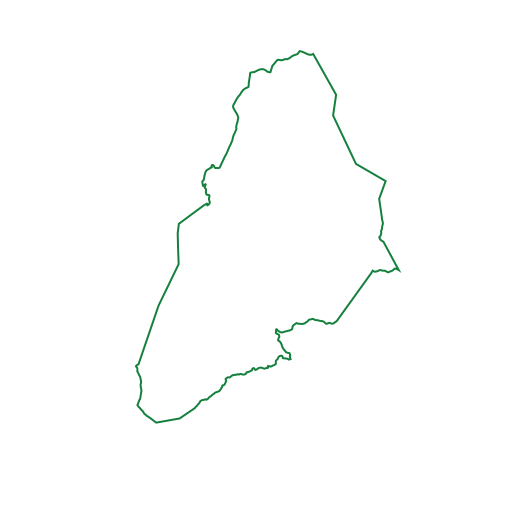 outline of Guayape, Olancho, Honduras, rotated 39°
{"feature_id": "27666195B80607738611126", "entity_name": "Guayape", "entity_type": "district", "adm_level": 2, "iso_a3": "HND", "parent_name": "Honduras", "parent_adm1": "Olancho", "projection": "robinson", "projection_center": [-86.826, 14.788], "detail": "fine", "context": "isolated", "style": "outline", "palette": "green", "viewbox_px": 512, "rotation_deg": 39, "n_neighbors": 0, "source": "geoboundaries", "source_scale": "gbopen_adm2", "svg_char_len": 6120}
<svg xmlns="http://www.w3.org/2000/svg" viewBox="0 0 512 512"><g transform="rotate(39 256 256)"><path d="M283.3,448.3L298.9,430.3L304.2,412.7L304.1,411.2L304.4,409.2L304.3,407.5L304.5,406.1L304.4,405.3L304.1,404.3L304.1,403.6L304.5,402.8L304.7,402.1L305.7,401.0L306.6,399.6L307.1,399.1L307.8,399.0L308.1,398.4L308.4,397.7L308.5,396.8L308.6,394.9L309.2,393.2L309.4,391.3L309.8,390.1L310.3,387.8L311.0,386.6L312.1,384.9L312.5,383.9L312.5,382.6L312.4,381.3L312.1,380.1L312.1,379.2L311.9,378.7L311.5,378.4L311.4,377.9L311.5,377.6L312.3,376.5L312.4,375.9L312.3,375.2L311.8,372.9L311.5,371.9L311.1,371.5L310.3,371.2L309.9,370.9L309.8,370.7L309.8,370.2L309.9,369.7L310.3,368.3L310.7,367.8L311.5,367.3L312.1,366.8L312.2,366.5L312.2,366.0L312.3,365.3L312.6,364.2L312.8,363.6L313.3,362.9L314.0,362.0L315.1,361.1L316.1,359.4L316.3,359.3L316.7,359.3L317.0,359.1L317.6,358.5L317.9,357.8L318.1,357.5L319.0,357.0L320.6,356.3L321.2,355.8L321.7,355.2L322.1,354.3L322.4,353.6L322.3,353.3L322.1,353.0L321.9,352.7L322.0,352.2L322.3,351.7L323.2,350.8L324.1,348.9L324.6,347.7L324.7,347.3L324.7,347.0L324.2,346.1L324.3,345.3L324.5,344.8L324.7,344.6L325.0,344.5L326.8,344.9L327.2,344.9L327.8,343.9L328.2,343.0L328.6,341.3L328.9,340.9L329.2,340.5L329.9,339.8L330.6,339.3L331.5,339.0L332.7,338.6L333.4,338.3L333.6,338.1L334.5,336.6L335.2,336.0L335.6,335.6L335.6,335.4L335.6,335.2L334.5,334.3L334.5,334.2L334.9,333.6L336.6,333.0L337.0,332.7L337.4,332.0L338.2,330.3L339.4,327.8L339.2,327.3L338.2,326.0L337.5,325.0L337.4,324.3L337.6,323.1L337.6,322.1L337.5,321.7L337.2,321.0L337.1,320.4L337.3,319.1L337.6,318.4L338.5,317.6L338.9,317.3L339.3,317.3L339.6,317.3L340.1,317.6L340.9,318.3L341.2,318.4L341.5,318.3L342.6,317.6L343.5,316.9L345.1,316.1L345.9,315.9L346.4,315.9L346.8,315.7L347.0,315.5L347.7,314.3L346.0,313.3L345.4,312.7L345.3,312.3L345.3,311.8L345.0,311.6L344.1,310.9L343.5,310.5L343.1,310.5L340.5,311.7L340.0,311.8L339.5,311.8L337.8,311.3L336.6,311.2L334.6,310.5L333.7,310.1L332.7,309.5L331.5,308.6L329.6,307.8L328.8,307.6L327.8,307.5L326.8,307.7L326.3,307.6L325.9,307.2L325.7,306.8L324.9,304.1L324.3,303.5L323.6,302.9L323.2,302.8L322.7,302.9L320.7,303.4L320.3,303.4L320.0,303.3L319.5,302.8L318.8,301.6L318.1,300.8L318.0,300.5L317.9,300.2L318.0,300.0L318.2,299.9L319.8,300.2L321.2,300.2L323.3,299.7L323.7,299.5L324.2,299.2L324.6,298.7L325.9,296.7L327.7,294.4L328.3,293.5L329.0,292.8L330.1,290.3L329.9,289.6L328.8,287.7L328.6,287.0L328.7,286.3L329.0,285.1L329.7,282.7L329.9,282.5L331.8,281.9L332.8,281.0L333.8,280.4L334.5,279.9L335.0,279.4L335.7,278.5L336.3,277.6L336.9,275.3L337.2,274.2L337.2,273.1L337.3,272.2L339.7,269.1L340.0,269.0L340.2,268.9L341.4,268.7L342.2,268.5L344.6,267.0L346.0,266.4L347.5,265.6L348.3,265.0L349.3,264.6L349.9,264.4L351.9,264.5L353.2,264.5L353.7,264.0L354.7,262.2L355.2,261.7L355.6,261.5L356.0,261.5L356.5,261.3L357.6,260.8L358.2,260.3L358.8,259.3L358.9,258.7L359.1,257.6L359.7,255.9L356.4,197.8L356.4,197.0L355.9,194.0L357.7,193.7L358.1,193.5L358.6,193.1L359.7,191.8L360.8,189.6L361.3,188.9L361.7,188.5L363.5,187.8L365.6,186.2L367.5,185.9L368.4,185.8L368.7,185.7L369.2,185.1L371.2,181.5L371.5,180.3L371.7,178.7L371.8,178.5L372.2,178.2L372.8,177.8L374.8,177.2L375.7,177.1L346.0,164.7L344.6,165.0L342.2,165.0L341.2,164.6L340.0,163.8L340.2,163.3L339.8,161.3L339.5,160.4L338.8,159.2L337.5,157.9L336.9,155.8L336.4,155.0L335.6,153.9L334.7,151.9L334.1,150.8L332.7,149.5L331.1,148.4L329.3,146.6L315.7,134.0L309.6,116.2L275.7,121.5L227.5,98.3L216.8,80.3L173.3,63.0L173.0,63.7L172.4,64.7L171.0,65.9L168.6,66.9L167.3,67.1L163.8,68.1L161.6,68.9L161.1,69.2L161.0,69.7L161.2,72.0L161.1,73.1L159.2,76.1L158.6,77.3L158.1,78.5L157.8,80.3L156.7,83.0L156.4,83.4L154.7,84.7L154.2,85.4L153.7,86.5L152.6,87.8L151.9,88.4L150.7,88.9L149.9,89.5L149.5,89.8L149.3,90.3L149.2,90.9L149.2,94.9L149.0,97.8L149.5,98.8L150.1,100.6L151.4,103.7L151.5,104.0L151.4,104.2L151.1,104.6L150.7,104.8L149.2,105.4L148.3,105.7L146.9,105.6L145.2,105.9L144.1,106.3L143.1,107.0L142.2,107.9L141.5,108.7L140.6,110.4L139.1,113.8L136.6,116.6L136.4,116.9L136.3,117.3L136.5,117.8L137.8,119.7L141.4,125.9L143.1,128.2L143.7,129.4L143.6,129.8L142.4,132.0L141.7,134.3L141.6,135.5L141.6,137.4L142.0,140.6L142.0,141.9L141.9,143.3L142.0,144.7L142.2,146.0L142.6,148.7L143.1,150.4L143.2,152.0L143.6,153.4L144.2,154.4L145.1,155.1L149.1,156.7L152.0,157.7L154.0,158.8L155.1,159.5L156.3,161.9L157.2,163.2L157.6,164.6L158.8,167.2L159.7,168.5L160.6,169.3L160.8,169.5L161.9,173.1L162.7,176.6L164.1,179.7L164.7,180.7L165.8,184.2L166.7,188.3L168.0,192.6L168.6,194.9L169.0,196.8L169.1,197.9L172.1,210.1L171.9,210.8L171.6,211.2L169.5,212.8L169.1,213.1L168.5,213.3L168.1,213.2L166.4,212.4L165.7,212.3L165.3,212.4L165.1,212.5L164.8,212.8L164.6,213.2L164.6,213.5L164.7,213.9L165.7,214.6L165.8,214.8L165.9,215.0L165.7,215.4L165.3,215.7L165.1,216.1L164.9,216.7L164.9,217.3L164.6,218.0L163.9,219.8L163.7,220.8L163.7,221.6L164.2,223.2L165.5,226.2L165.8,226.7L166.4,227.6L167.3,229.3L167.5,230.1L167.3,231.0L167.4,231.8L167.7,232.3L168.0,232.6L169.2,233.6L170.2,234.5L170.7,234.8L170.9,234.6L171.3,233.7L171.3,232.8L171.4,232.3L171.6,232.0L171.9,232.1L172.1,232.3L172.6,234.5L172.8,234.9L173.4,235.2L174.0,235.3L174.7,235.4L175.0,235.6L175.7,236.3L176.8,237.9L177.9,238.8L178.4,239.1L178.8,239.3L179.3,239.3L181.1,238.2L181.4,238.2L181.8,238.4L182.3,238.9L182.7,239.9L183.6,241.4L186.2,243.3L186.6,243.8L186.7,244.3L186.8,245.9L186.3,247.1L186.0,246.9L185.6,246.4L185.2,246.1L184.8,246.3L184.4,247.6L183.9,248.5L183.5,249.7L175.8,279.5L180.9,287.7L191.0,299.5L201.0,311.0L211.5,355.9L232.5,413.2L232.8,413.9L232.7,414.1L232.7,414.5L232.1,415.8L232.0,416.7L232.1,417.2L232.4,417.4L233.9,417.6L235.1,418.6L235.5,419.1L235.9,419.8L236.3,420.3L237.7,420.9L238.7,421.3L239.3,421.7L241.7,422.7L242.6,423.2L243.1,423.7L245.4,425.6L246.2,426.5L246.5,426.9L246.8,427.7L247.2,428.5L247.7,429.1L249.6,431.0L251.7,432.6L254.1,436.9L255.6,439.4L255.9,440.1L256.0,441.3L257.3,445.1L257.6,446.4L258.8,446.9L261.8,447.3L263.2,447.6L265.8,447.9L268.0,448.7L268.8,448.9L270.8,448.8L271.8,449.0L272.7,448.8L275.9,448.5L281.2,448.4L282.8,448.2L283.3,448.3Z" fill="none" stroke="#15803d" stroke-width="2"/></g></svg>